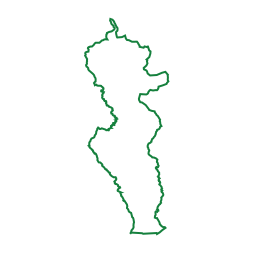 outline of Cugir, Alba, Romania, rotated 192°
{"feature_id": "2599482B86964812869554", "entity_name": "Cugir", "entity_type": "district", "adm_level": 2, "iso_a3": "ROU", "parent_name": "Romania", "parent_adm1": "Alba", "projection": "natural_earth1", "projection_center": [23.412, 45.734], "detail": "fine", "context": "isolated", "style": "outline", "palette": "green", "viewbox_px": 256, "rotation_deg": 192, "n_neighbors": 0, "source": "geoboundaries", "source_scale": "gbopen_adm2", "svg_char_len": 5851}
<svg xmlns="http://www.w3.org/2000/svg" viewBox="0 0 256 256"><g transform="rotate(192 128 128)"><path d="M125.8,211.7L126.0,211.1L128.8,211.2L129.4,209.8L133.5,209.8L133.8,211.0L134.7,211.7L135.9,213.2L137.2,214.3L142.0,213.2L145.4,214.1L147.3,213.9L148.7,215.1L150.1,217.8L152.7,215.7L157.3,214.3L157.8,214.8L159.1,217.5L159.6,219.2L159.5,219.9L158.8,220.6L158.6,221.0L158.8,222.7L159.1,223.6L160.7,225.1L162.4,227.4L163.3,228.2L163.6,229.0L164.2,229.6L165.7,230.7L167.9,231.0L167.8,229.3L166.6,228.0L166.1,226.8L165.5,226.1L163.4,225.0L163.2,223.9L162.0,223.3L161.7,222.4L162.2,221.2L164.1,219.1L166.5,218.0L168.3,216.6L168.1,215.9L168.6,215.1L168.4,214.1L168.4,213.3L167.8,211.6L166.6,210.3L168.8,210.0L169.7,209.6L170.4,208.8L171.7,208.2L173.6,205.5L177.3,204.7L178.1,203.8L178.9,201.9L180.2,200.2L182.0,199.8L182.4,199.3L183.2,199.0L183.8,198.2L183.8,197.6L182.8,196.5L182.6,194.5L184.3,193.8L185.2,193.1L185.4,192.3L184.6,190.9L185.0,189.9L182.3,186.9L182.3,185.9L181.9,184.9L182.0,183.9L181.5,182.3L182.1,180.8L181.4,179.5L180.4,179.1L179.3,178.2L179.1,177.2L178.3,176.3L173.6,173.7L172.4,172.8L172.0,172.4L171.5,171.3L170.2,170.0L169.8,169.0L169.4,166.7L170.1,166.0L170.6,164.9L170.1,164.2L169.7,164.0L169.3,163.0L168.5,163.6L167.9,163.8L167.3,163.2L166.3,163.1L163.9,163.6L163.0,163.6L162.4,163.0L161.6,162.8L160.5,162.0L160.6,161.7L160.1,161.2L160.3,159.9L160.8,159.4L161.8,159.4L162.0,159.2L161.8,158.2L161.6,158.1L160.5,158.4L159.5,157.8L159.1,157.9L159.2,157.2L159.6,157.0L159.9,156.2L159.8,155.6L160.0,155.3L160.2,154.8L159.5,153.9L159.7,152.9L159.6,152.3L158.7,151.3L157.7,151.4L157.3,151.0L157.2,150.2L156.5,149.5L156.1,149.5L155.3,149.8L155.0,149.7L154.5,148.7L154.8,147.8L154.5,147.3L153.7,146.7L153.7,146.0L153.4,145.6L151.7,145.7L151.2,144.9L148.8,144.6L147.4,144.0L147.2,143.7L147.3,143.0L146.5,142.3L146.5,141.9L147.4,140.9L147.8,139.9L147.3,138.7L146.2,138.7L145.7,137.6L145.3,137.3L143.7,137.2L143.7,136.6L143.6,136.4L143.1,136.5L142.8,136.1L142.7,135.3L142.5,135.2L142.0,135.6L141.3,135.6L141.0,134.8L140.6,134.6L141.3,134.0L141.0,133.5L141.1,133.3L141.7,133.2L141.9,133.1L141.1,132.7L140.8,132.1L140.9,131.8L141.7,131.5L141.9,131.2L141.7,130.3L143.5,129.8L143.4,129.0L142.0,128.4L141.9,128.2L142.1,128.0L142.6,128.0L143.8,128.3L144.3,127.4L144.1,126.8L145.0,126.5L144.8,124.9L144.3,124.6L145.1,124.4L145.5,123.8L146.7,123.1L146.3,122.3L146.3,121.8L146.8,121.6L147.5,121.8L148.8,121.3L149.8,121.8L153.6,122.2L154.5,121.4L155.6,121.2L155.9,121.5L157.3,122.2L157.9,120.8L157.7,120.2L158.3,117.8L158.1,116.6L158.2,115.3L159.0,113.8L158.9,113.2L159.1,112.0L159.5,111.5L161.5,110.1L161.9,109.0L162.1,108.0L162.1,107.1L162.6,106.4L162.8,105.8L162.5,103.7L162.1,103.0L162.5,102.6L162.0,102.5L162.0,101.6L161.4,101.3L160.9,100.6L159.2,99.8L158.8,99.2L158.2,99.2L157.4,98.4L157.3,97.7L156.8,97.5L156.5,97.1L155.7,96.6L155.6,96.1L155.1,95.9L154.6,96.3L154.0,96.0L152.8,94.4L152.3,93.2L151.6,92.2L151.3,91.3L151.3,90.3L149.8,88.6L149.4,88.3L147.9,88.5L145.7,87.1L145.4,86.6L145.5,85.9L145.0,85.3L144.2,85.1L143.0,84.4L141.8,83.1L140.4,83.0L140.2,82.8L140.3,82.5L140.2,82.2L138.7,81.7L137.8,80.7L136.6,80.6L136.3,80.3L136.5,79.7L135.7,78.6L135.1,78.4L134.3,77.7L131.8,76.8L129.9,77.3L129.7,77.1L129.4,76.5L129.1,76.4L128.8,75.5L129.0,74.6L130.2,72.8L129.4,71.8L129.5,71.4L129.0,70.8L128.3,70.6L127.6,70.8L125.9,70.1L125.7,69.8L125.6,69.0L123.8,68.2L123.6,68.4L123.3,68.0L124.6,66.7L125.1,65.7L125.2,64.9L124.9,64.3L121.7,63.6L122.0,63.5L121.9,62.6L120.8,61.3L120.7,60.4L120.3,60.3L120.1,59.9L119.0,59.1L117.4,57.1L117.6,56.2L117.1,55.8L116.2,56.0L113.1,52.9L112.4,51.3L112.5,50.4L112.3,49.4L111.1,48.6L110.4,47.6L110.0,46.8L109.3,46.2L107.3,45.6L105.3,41.6L104.4,41.2L103.7,40.0L102.5,37.0L102.6,35.5L102.3,33.3L101.9,32.3L102.1,30.8L103.3,28.5L103.3,26.9L103.9,25.0L102.9,26.4L92.4,28.0L91.2,27.7L78.2,31.2L77.6,30.3L75.3,32.5L73.2,35.3L70.6,38.1L71.4,38.7L72.9,38.4L73.8,38.6L75.4,39.4L76.3,40.3L76.8,40.4L77.6,42.2L81.4,46.5L81.1,45.6L83.1,45.9L83.3,47.6L82.9,48.8L83.7,51.5L83.5,51.9L83.1,51.8L82.5,52.3L82.0,52.1L81.9,52.4L82.2,52.5L81.1,53.4L81.5,54.3L82.6,54.3L82.4,54.9L82.6,55.7L82.5,57.2L81.5,59.6L80.8,60.2L80.6,61.0L80.1,61.7L80.5,62.2L80.7,62.7L80.4,64.6L80.7,66.3L81.0,66.8L79.6,69.4L79.7,70.4L80.5,71.7L81.7,72.3L82.1,73.0L81.4,73.9L82.0,74.4L82.6,74.6L82.3,75.4L82.5,75.4L82.7,77.1L84.5,78.7L85.3,79.1L85.2,79.2L85.5,79.5L85.5,80.5L85.1,81.1L85.7,82.2L86.6,82.4L86.6,82.9L87.1,83.2L87.0,83.7L87.3,84.3L86.6,85.3L88.5,86.5L88.0,87.1L88.3,87.7L87.8,88.9L88.3,90.9L89.8,91.9L90.1,92.7L90.6,93.1L91.4,93.4L91.6,93.9L92.3,94.4L92.5,94.7L92.1,95.8L91.1,95.6L90.5,95.9L90.2,97.4L91.2,98.5L91.2,99.0L92.0,100.4L92.5,100.6L92.7,101.0L92.8,101.5L92.7,103.2L94.3,104.1L96.3,104.5L98.2,104.3L98.7,104.8L99.7,105.3L101.6,106.1L102.6,107.0L102.8,109.0L102.5,110.2L102.6,110.6L103.7,111.7L104.1,112.8L104.9,113.6L104.9,114.3L105.1,115.1L104.6,117.1L103.1,118.2L102.8,118.6L102.7,119.1L102.2,119.5L102.4,120.5L102.2,121.1L102.1,122.2L101.2,123.2L100.8,124.5L100.1,125.5L99.9,126.6L99.6,127.3L99.8,128.3L99.6,128.9L99.7,130.1L99.0,131.4L99.1,132.3L97.7,133.1L97.0,134.1L96.8,135.9L95.7,136.8L97.1,138.4L97.9,140.8L98.4,141.3L98.3,142.7L101.4,146.0L102.7,146.6L103.7,147.8L104.8,148.6L105.4,149.8L108.4,149.7L111.1,150.1L111.6,150.8L115.4,154.1L119.6,155.9L121.4,155.8L123.0,157.7L123.4,158.8L123.1,163.7L117.1,164.6L116.1,165.4L115.6,166.3L115.6,167.2L114.8,169.0L114.1,169.9L111.3,169.9L108.9,170.8L107.5,171.0L106.9,171.9L106.6,173.3L106.7,174.8L103.1,176.8L99.5,179.1L99.2,180.4L98.2,182.0L99.1,183.2L99.5,185.9L100.1,187.6L100.0,188.3L103.1,190.7L106.2,189.1L110.9,185.8L117.3,184.0L120.1,185.4L121.2,187.4L122.0,188.1L124.6,188.7L125.1,190.0L123.0,192.9L122.4,195.3L123.3,197.0L123.2,198.3L124.1,198.8L121.9,201.8L121.6,205.5L121.9,207.6L123.4,208.3L125.4,211.8L125.8,211.7Z" fill="none" stroke="#15803d" stroke-width="2"/></g></svg>